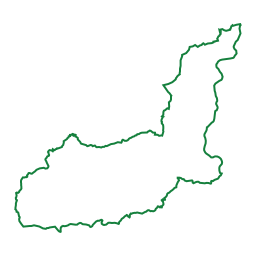 Boita, Sibiu, Romania
{"feature_id": "2599482B22566018215813", "entity_name": "Boita", "entity_type": "district", "adm_level": 2, "iso_a3": "ROU", "parent_name": "Romania", "parent_adm1": "Sibiu", "projection": "equal_earth", "projection_center": [24.183, 45.583], "detail": "fine", "context": "isolated", "style": "outline", "palette": "green", "viewbox_px": 256, "rotation_deg": 0, "n_neighbors": 0, "source": "geoboundaries", "source_scale": "gbopen_adm2", "svg_char_len": 5846}
<svg xmlns="http://www.w3.org/2000/svg" viewBox="0 0 256 256"><path d="M240.5,33.4L239.5,28.6L240.0,25.9L240.6,25.1L240.2,24.1L236.3,24.8L233.1,25.8L232.5,25.2L231.5,26.4L231.3,26.4L230.6,28.8L229.9,29.2L230.0,29.8L226.1,30.8L224.1,30.2L222.4,29.1L220.3,29.6L220.5,30.3L219.4,29.8L220.1,32.8L220.2,33.1L220.7,33.1L220.6,33.9L220.5,34.3L219.6,35.1L219.4,35.8L218.4,36.4L217.2,38.8L217.6,39.3L218.0,40.7L214.6,41.4L214.6,41.6L213.4,41.7L213.4,42.4L211.8,43.1L207.8,43.5L204.9,44.7L203.4,43.3L202.6,43.7L201.6,45.0L199.8,45.5L197.8,46.9L195.1,45.0L192.7,46.4L189.7,46.9L189.0,49.7L186.2,53.1L182.1,54.9L182.1,56.4L180.6,60.3L180.6,65.8L180.0,68.8L180.0,71.2L179.6,73.5L179.8,74.3L178.5,75.2L177.2,76.4L176.8,77.2L175.9,78.3L175.7,79.4L172.3,82.2L168.3,84.0L163.4,85.2L168.2,92.1L169.4,93.1L171.3,95.7L171.0,96.0L171.0,99.5L170.5,100.9L168.9,102.3L169.2,106.5L168.8,108.9L167.3,108.3L165.1,110.2L163.9,110.7L163.4,112.0L163.3,114.9L162.0,116.4L162.9,116.8L162.3,117.1L162.5,117.7L161.6,119.6L161.4,121.1L161.9,121.7L161.7,122.2L162.0,122.9L161.8,123.4L163.1,125.0L163.3,126.8L163.3,128.6L163.1,130.5L163.4,131.5L162.2,135.6L161.5,135.4L159.1,135.8L157.7,134.8L154.9,134.7L155.2,133.5L155.0,132.7L152.9,132.6L150.7,130.8L149.6,130.6L148.6,131.4L147.9,131.6L147.1,132.5L141.9,132.7L140.4,133.1L138.9,134.1L137.3,134.2L136.5,135.3L135.4,135.4L134.1,136.4L132.5,136.8L131.3,137.7L130.2,138.0L128.9,138.8L128.4,139.6L127.6,140.3L126.4,140.8L124.7,140.8L123.1,139.8L122.6,139.8L122.2,140.3L121.6,142.3L121.3,142.7L117.8,142.2L114.2,143.6L111.0,144.1L106.8,146.1L105.5,145.9L104.1,146.9L102.4,146.9L101.3,147.5L99.1,147.0L96.7,147.2L96.0,146.8L95.0,145.6L94.4,145.6L92.7,146.2L91.7,145.2L90.6,145.0L87.8,146.1L87.2,146.1L86.1,145.1L81.2,143.7L80.8,143.4L80.5,142.5L79.9,141.6L78.4,140.1L77.8,139.4L77.8,138.0L76.3,136.8L75.6,136.6L75.7,134.9L75.1,134.7L74.2,135.7L73.5,135.8L73.3,135.6L73.4,134.2L72.7,133.9L72.2,134.1L71.7,134.8L70.0,134.9L70.1,136.1L68.7,136.3L68.5,137.5L67.5,138.0L66.9,139.1L63.7,141.2L63.8,142.6L63.2,145.0L62.2,146.0L61.9,147.0L58.4,148.3L57.0,148.3L56.7,149.0L55.6,149.2L54.7,150.1L54.3,150.2L52.8,149.2L52.7,149.7L53.0,151.0L52.8,151.3L51.5,150.4L49.5,150.1L48.4,151.2L48.0,152.0L48.6,152.9L48.6,153.9L49.1,154.9L49.0,155.6L48.6,155.9L47.3,156.4L46.5,157.9L45.7,158.6L45.4,159.4L45.6,160.2L46.4,161.5L46.7,162.5L48.5,166.1L48.2,167.2L47.3,168.3L45.4,168.6L43.8,167.8L39.7,168.4L36.5,169.8L35.1,171.3L33.0,172.8L32.1,173.6L31.3,173.7L29.5,173.0L28.6,173.1L28.0,174.3L27.0,175.4L27.3,176.4L27.2,176.8L26.5,177.2L25.5,177.1L24.5,177.5L22.9,177.4L21.3,179.8L21.0,180.8L21.0,182.4L21.2,183.9L21.1,185.2L21.3,186.0L21.4,188.6L21.0,189.3L19.2,191.3L19.1,192.0L18.6,192.5L18.0,192.9L16.9,192.5L16.1,193.0L16.6,195.3L16.3,197.0L15.8,197.9L16.0,199.2L16.2,199.7L16.8,200.0L16.9,200.6L16.4,201.6L15.9,203.4L15.9,205.1L15.4,208.2L15.6,209.0L15.4,209.3L16.4,210.4L16.6,210.9L16.5,211.7L18.2,212.5L19.1,216.5L19.7,217.1L19.6,218.0L19.1,219.0L19.4,221.1L21.5,224.2L23.4,226.6L29.7,226.0L31.4,226.0L34.0,225.3L39.3,226.5L43.0,228.4L45.6,228.8L46.1,228.7L46.8,228.1L48.6,228.0L49.5,227.5L55.0,226.7L58.1,230.4L59.0,231.3L60.3,231.9L60.7,231.7L60.6,229.1L60.9,227.4L62.0,226.3L62.7,226.2L63.0,225.9L64.4,226.2L66.0,226.0L67.9,225.4L69.4,224.4L70.7,224.0L75.6,224.7L77.2,224.6L78.4,223.6L80.0,222.9L80.9,223.0L82.7,224.2L86.1,224.5L89.0,225.3L89.3,225.5L90.0,226.7L90.8,227.0L92.2,226.2L92.9,224.8L96.1,221.5L97.8,220.7L99.1,220.8L101.2,219.8L101.8,219.9L102.4,220.5L102.2,221.2L101.6,222.4L101.8,223.8L103.1,224.7L104.0,225.0L106.2,224.6L108.3,222.8L109.7,222.7L111.9,223.0L114.8,222.8L117.0,223.3L118.5,223.9L119.0,223.6L118.9,222.7L119.4,221.8L120.9,220.4L121.7,218.9L123.5,217.7L124.8,216.3L126.0,215.7L126.6,215.0L127.4,215.3L128.1,216.5L129.5,217.4L129.8,216.9L129.8,215.3L130.0,214.5L130.9,213.5L131.4,213.8L132.6,213.2L134.7,212.8L135.8,212.9L137.1,212.5L142.1,213.6L145.0,212.0L146.3,211.6L147.2,210.7L148.1,210.2L149.1,210.3L150.5,211.2L151.8,211.0L153.2,211.3L154.1,211.0L155.3,210.2L155.8,208.8L157.2,207.6L157.7,206.4L158.3,206.4L159.9,207.4L160.3,207.3L160.5,206.4L160.8,206.3L161.2,206.5L161.5,207.4L161.8,207.4L162.3,205.7L163.3,204.8L163.5,204.1L162.9,201.2L162.0,200.8L161.7,200.2L162.8,199.3L163.8,199.8L164.9,199.8L165.0,199.3L164.5,198.8L164.3,198.1L165.7,197.1L166.8,195.7L167.3,193.8L167.9,193.2L169.3,192.6L170.7,191.2L172.2,190.2L173.7,188.9L174.5,187.9L176.3,187.3L176.4,185.4L177.8,182.1L179.0,180.4L178.6,179.7L178.7,179.0L177.7,178.3L177.7,177.7L179.5,177.7L180.9,178.0L182.3,179.1L183.7,179.1L184.7,180.5L186.6,181.2L192.0,180.4L192.6,181.1L192.7,182.6L193.5,183.2L196.4,181.9L198.1,181.7L198.7,181.9L199.8,182.8L204.8,183.3L206.4,182.9L208.6,183.0L210.4,183.6L210.9,183.6L211.1,183.3L211.3,182.1L211.1,181.3L211.3,181.1L211.8,180.9L213.1,181.0L214.5,179.9L217.9,178.7L218.9,177.4L219.1,176.8L220.0,175.8L220.8,175.4L221.7,173.5L220.7,173.3L220.0,172.8L219.4,170.6L219.3,168.5L219.4,167.3L219.8,166.3L221.8,164.0L222.1,162.5L221.9,161.2L221.0,159.1L220.3,158.3L218.9,157.2L217.3,156.5L215.5,156.4L214.7,156.5L212.9,157.4L211.2,157.4L209.3,155.6L206.2,153.5L205.2,152.4L204.2,150.4L204.1,148.9L204.7,146.2L205.6,143.5L205.8,140.8L205.3,138.2L204.4,136.0L204.4,134.9L204.5,134.2L206.4,130.6L206.7,129.6L206.9,127.4L207.2,127.4L211.7,122.7L213.1,121.8L213.7,121.0L214.3,118.8L215.2,111.2L215.5,110.8L216.7,110.3L217.6,108.1L217.6,107.0L216.1,103.9L216.4,102.3L217.2,101.0L217.2,100.2L216.9,98.1L215.8,96.0L215.3,92.6L214.7,90.9L214.2,85.6L215.4,83.6L219.4,80.8L221.4,79.9L222.1,78.7L222.6,76.7L221.5,73.6L219.9,71.8L218.3,68.8L217.0,67.7L216.5,67.0L216.3,65.1L216.4,64.3L217.3,63.1L218.1,61.6L220.0,60.2L222.2,59.6L230.3,58.5L233.2,57.9L233.8,57.5L235.0,55.4L236.2,54.1L236.6,53.3L236.4,52.5L236.2,50.6L234.6,49.1L233.8,47.5L233.7,46.4L235.8,41.7L237.7,40.0L240.5,33.4Z" fill="none" stroke="#15803d" stroke-width="2"/></svg>